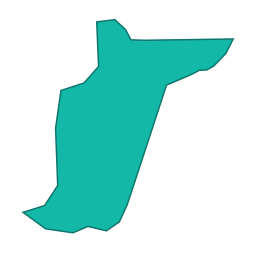 map outline of Ngora (Albers equal-area conic projection), rotated 183°
{"feature_id": "UGA-5590", "entity_name": "Ngora", "entity_type": "District", "adm_level": 1, "iso_a3": "UGA", "parent_name": "Uganda", "parent_adm1": "", "projection": "albers", "projection_center": [33.741, 1.488], "detail": "fine", "context": "isolated", "style": "filled", "palette": "teal", "viewbox_px": 256, "rotation_deg": 183, "n_neighbors": 0, "source": "natural_earth", "source_scale": "10m", "svg_char_len": 477}
<svg xmlns="http://www.w3.org/2000/svg" viewBox="0 0 256 256"><g transform="rotate(183 128 128)"><path d="M177.5,20.5L205.0,23.0L228.4,38.3L207.2,46.2L195.2,66.9L200.3,124.0L196.9,162.0L174.4,170.6L160.6,187.9L164.8,232.3L146.9,235.5L135.6,226.2L129.7,216.2L115.6,216.5L27.6,222.4L34.2,207.5L45.5,194.5L52.4,190.1L59.8,189.4L67.1,185.0L91.8,172.8L120.7,66.2L124.9,51.0L131.7,33.8L144.2,24.2L162.8,27.6L177.5,20.5Z" fill="#14b8a6" stroke="#0f766e" stroke-width="1.5"/></g></svg>